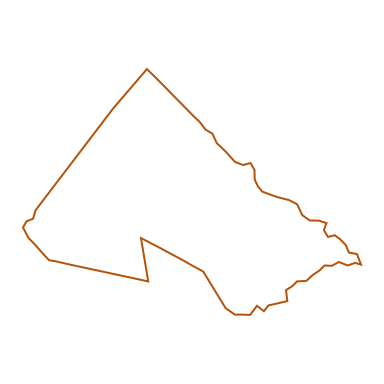 Ferreiros, Pernambuco, Brazil (Natural Earth projection)
{"feature_id": "56859067B84607671265698", "entity_name": "Ferreiros", "entity_type": "district", "adm_level": 2, "iso_a3": "BRA", "parent_name": "Brazil", "parent_adm1": "Pernambuco", "projection": "natural_earth1", "projection_center": [-35.217, -7.472], "detail": "fine", "context": "isolated", "style": "outline", "palette": "amber", "viewbox_px": 384, "rotation_deg": 0, "n_neighbors": 0, "source": "geoboundaries", "source_scale": "gbopen_adm2", "svg_char_len": 943}
<svg xmlns="http://www.w3.org/2000/svg" viewBox="0 0 384 384"><path d="M361.0,264.6L357.0,254.1L348.8,252.5L345.9,245.2L340.0,239.1L334.8,235.3L327.9,236.9L323.9,230.1L326.5,223.1L318.7,220.6L309.9,220.5L302.2,215.1L297.1,204.2L288.8,200.0L278.1,197.3L269.1,194.2L262.2,191.6L257.8,186.2L254.7,179.5L254.5,169.9L250.5,163.1L243.0,165.0L235.0,161.9L225.8,151.7L216.8,143.2L212.4,133.7L205.5,129.6L200.0,122.3L192.9,115.5L155.7,77.6L146.9,69.1L113.2,108.4L35.6,210.2L33.1,218.7L26.6,221.3L23.0,227.4L28.3,237.7L34.8,244.5L43.3,254.0L49.0,260.2L55.2,261.2L68.6,264.3L148.2,281.4L141.0,238.1L158.4,247.1L184.6,261.2L191.9,265.4L203.2,271.5L225.6,308.1L234.8,314.6L241.7,314.6L250.1,314.9L257.0,305.8L263.9,311.2L268.5,305.4L278.3,303.2L287.3,301.1L286.0,290.1L292.1,286.3L297.1,281.4L306.3,280.9L312.8,274.9L319.6,270.4L324.6,265.5L331.8,265.8L339.0,262.0L347.6,265.5L355.1,262.9L361.0,264.6Z" fill="none" stroke="#b45309" stroke-width="2"/></svg>